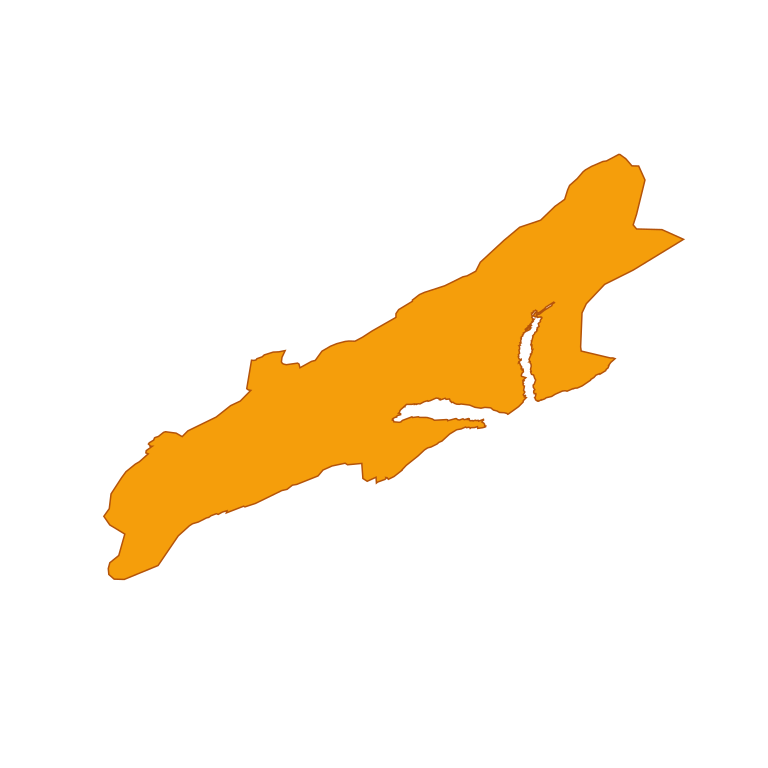 the district of Gloppen nor, Sogn og Fjordane, Norway, rotated 152°
{"feature_id": "86288312B68175693588321", "entity_name": "Gloppen nor", "entity_type": "district", "adm_level": 2, "iso_a3": "NOR", "parent_name": "Norway", "parent_adm1": "Sogn og Fjordane", "projection": "equal_earth", "projection_center": [6.111, 61.723], "detail": "fine", "context": "isolated", "style": "filled", "palette": "amber", "viewbox_px": 768, "rotation_deg": 152, "n_neighbors": 0, "source": "geoboundaries", "source_scale": "gbopen_adm2", "svg_char_len": 6144}
<svg xmlns="http://www.w3.org/2000/svg" viewBox="0 0 768 768"><g transform="rotate(152 384 384)"><path d="M51.6,371.1L66.1,389.8L88.2,402.3L89.3,407.5L81.4,415.2L57.8,441.6L56.8,456.9L62.7,460.2L64.7,469.2L67.9,475.8L68.9,476.5L82.9,476.5L86.2,477.7L98.6,478.7L105.6,478.5L108.6,477.9L117.0,474.6L126.9,472.2L130.7,469.2L137.8,462.2L149.6,460.6L168.8,455.1L190.6,458.7L210.6,454.5L241.8,446.3L250.0,440.5L260.0,440.5L264.0,441.6L284.2,442.2L305.2,445.9L310.7,446.3L319.5,444.8L320.1,443.7L336.1,442.8L340.4,440.5L342.2,437.2L369.7,436.4L381.0,435.4L389.5,435.4L394.8,438.4L398.3,439.8L406.8,441.8L413.6,442.5L423.4,442.1L433.6,437.1L437.4,438.0L450.6,437.8L449.7,441.5L450.5,443.0L461.2,446.9L463.4,448.8L464.1,450.2L464.2,451.7L461.6,455.4L455.6,459.9L461.8,461.8L466.9,464.2L476.1,465.9L478.8,465.2L484.3,466.0L485.9,465.3L488.0,466.0L489.8,467.2L507.4,444.3L506.5,442.4L504.6,440.9L518.9,436.4L529.6,436.9L547.7,433.6L579.2,434.7L586.9,432.3L590.6,438.2L599.3,444.4L601.3,444.8L607.8,443.6L611.2,444.2L612.0,444.1L613.7,442.6L618.8,442.3L620.2,441.6L619.5,439.6L619.8,438.8L617.9,437.8L625.2,436.8L626.6,435.0L625.0,433.0L636.5,430.2L641.3,430.0L653.0,427.7L659.6,424.5L676.6,415.1L685.1,402.9L693.5,398.7L692.3,388.3L683.3,373.2L698.7,357.1L710.0,354.9L714.1,350.5L716.4,345.0L713.9,338.4L705.1,333.4L668.7,329.8L637.0,346.5L622.3,350.2L618.6,350.5L612.8,349.3L603.5,349.1L601.4,348.5L598.6,348.9L592.9,348.2L591.6,346.7L586.7,346.8L582.1,345.8L583.7,344.2L565.3,342.0L564.5,340.8L553.6,338.9L524.3,337.9L519.0,336.5L512.4,337.7L508.2,336.3L485.4,333.8L478.2,336.7L468.3,336.0L455.5,332.3L454.1,329.8L440.9,324.3L447.0,310.5L444.5,306.0L434.8,305.4L437.2,300.1L435.7,300.4L427.9,299.3L426.2,299.8L426.2,300.5L425.2,299.8L424.9,297.8L418.6,297.6L408.5,299.4L408.5,299.7L402.6,301.7L387.7,304.5L379.2,306.8L375.4,307.1L372.1,306.3L365.4,306.1L362.9,306.7L359.6,306.4L349.6,309.0L341.3,309.5L337.0,308.1L332.1,307.7L331.7,306.7L329.4,306.0L328.6,305.0L328.7,304.4L327.7,304.6L324.4,303.0L321.5,302.5L322.1,300.8L317.4,299.1L315.2,298.6L313.6,298.6L314.5,298.7L314.0,299.2L314.9,299.5L314.1,301.2L314.3,302.7L315.4,304.4L314.9,305.0L313.0,305.4L312.8,306.1L318.0,306.8L317.9,307.7L320.0,308.5L320.4,309.2L322.7,309.5L322.9,310.1L325.2,311.1L325.6,311.6L325.3,312.5L325.8,312.8L325.2,312.8L325.1,313.4L325.7,313.9L329.2,314.6L330.0,315.0L330.6,316.2L334.3,316.8L335.7,317.9L336.3,319.4L337.2,319.9L345.0,321.7L344.7,322.6L345.6,323.3L356.5,328.3L357.8,330.5L361.8,334.3L368.4,337.9L369.0,338.9L374.5,341.0L374.7,341.9L384.9,343.2L386.9,342.6L388.5,343.0L393.1,346.0L392.7,347.7L393.6,348.1L392.9,349.2L390.3,349.4L387.7,348.7L388.6,349.3L386.9,349.8L383.7,349.1L383.3,349.9L384.9,351.4L383.6,351.7L382.5,353.0L380.9,353.6L376.9,354.5L375.7,353.7L376.5,354.7L373.6,355.4L369.1,353.0L366.6,352.2L366.8,351.7L365.1,351.4L365.1,350.8L363.2,350.6L361.5,349.5L357.0,349.5L353.4,348.8L353.3,348.1L351.1,347.6L344.6,347.1L342.4,345.6L342.5,344.5L341.5,344.4L341.8,343.5L336.7,342.7L336.4,341.3L333.2,340.0L333.5,337.6L333.0,337.2L333.1,336.0L331.5,335.4L331.0,334.0L329.3,332.1L326.9,330.6L325.4,330.2L318.3,325.2L314.6,320.7L309.7,317.1L305.9,316.0L301.0,312.9L299.6,309.6L297.0,307.2L295.3,304.6L291.3,302.2L289.2,300.2L289.0,299.2L288.4,299.1L275.8,300.8L269.7,302.7L268.8,303.9L264.7,305.2L266.1,306.7L264.0,307.6L265.4,307.6L266.0,308.1L266.2,309.1L263.4,310.8L263.8,312.8L261.0,316.2L261.6,317.1L261.4,318.4L261.2,318.9L260.6,318.9L260.6,320.3L260.1,321.0L259.1,321.1L259.4,321.7L258.8,321.6L259.0,322.2L255.8,323.0L258.9,326.2L258.8,327.1L257.2,328.7L255.2,329.3L254.4,331.4L255.1,331.4L254.7,331.9L255.3,332.0L254.9,333.4L255.5,333.4L254.3,334.9L254.8,336.2L254.6,336.9L254.0,336.9L254.6,337.1L254.4,339.0L255.0,339.2L254.3,340.1L255.0,339.9L254.6,340.4L251.7,340.7L251.3,341.4L252.0,341.4L253.0,343.0L252.6,345.1L252.0,345.1L251.5,346.9L249.9,347.4L248.9,350.7L248.3,350.7L247.4,351.9L246.7,354.2L246.1,354.2L246.4,354.5L245.7,354.5L244.6,356.1L244.0,356.0L244.3,356.6L243.6,356.6L242.7,358.5L241.6,359.3L241.7,360.2L241.1,360.2L240.7,361.1L238.8,361.4L238.7,362.3L237.0,362.8L237.0,363.6L234.4,363.7L233.5,365.3L233.6,366.0L231.6,366.4L230.9,365.6L232.6,364.8L232.8,363.7L229.6,363.6L229.6,364.2L227.9,364.5L229.0,365.7L228.2,365.5L228.1,366.1L226.2,366.5L226.4,367.3L229.2,365.8L230.7,365.9L231.2,366.4L229.7,366.8L229.6,367.5L227.0,367.5L227.2,368.0L226.7,368.3L223.7,369.0L223.0,369.3L223.6,369.8L221.0,370.7L222.3,371.4L221.9,371.8L222.3,373.5L220.9,374.4L221.2,375.8L219.8,376.9L220.1,377.3L218.4,377.3L217.9,378.2L216.7,377.7L215.6,378.1L214.7,376.7L215.0,376.2L217.2,375.9L217.7,375.7L216.9,375.3L218.0,375.5L219.4,374.6L219.9,373.6L219.0,372.2L217.9,372.4L215.4,375.0L214.2,374.3L211.9,374.4L206.8,375.1L205.1,375.9L195.7,376.6L195.4,375.8L197.9,375.6L199.0,374.4L208.1,373.8L213.9,372.7L216.3,373.4L217.8,371.7L217.0,371.3L217.2,370.7L214.4,369.8L214.1,368.7L213.5,368.9L213.5,368.2L216.2,366.8L216.6,365.6L219.4,365.0L220.1,362.0L222.4,361.7L222.5,361.0L223.3,360.6L223.2,359.8L223.8,359.8L224.6,358.7L226.5,358.7L227.4,357.7L230.2,356.6L230.1,356.0L233.1,352.8L233.7,352.8L233.6,352.2L235.0,350.7L235.3,349.6L235.9,349.7L236.0,348.6L235.3,348.6L237.0,345.8L237.3,344.4L236.7,344.4L238.2,343.2L238.4,342.3L239.8,341.8L239.8,341.3L240.7,341.5L241.0,340.4L244.4,337.7L244.6,335.6L245.4,335.4L244.5,334.9L245.1,334.0L244.9,332.4L245.7,330.5L247.8,328.1L248.1,326.0L248.8,326.0L249.0,325.1L249.2,323.3L247.7,321.7L248.3,318.2L248.2,316.3L251.5,313.3L252.8,313.0L253.7,311.1L253.5,308.1L254.8,307.8L255.7,306.6L255.9,304.8L254.5,304.3L254.7,303.6L256.3,301.7L257.5,301.2L257.2,300.3L257.6,298.9L256.7,297.1L256.0,297.1L256.1,296.5L255.5,296.2L252.6,296.3L252.6,295.9L249.1,295.4L247.2,295.7L241.8,294.3L237.6,294.6L229.7,294.0L227.2,293.0L225.7,291.7L219.3,291.2L219.3,290.9L217.1,290.6L215.3,289.7L209.8,289.3L199.8,290.4L199.4,290.9L195.6,291.2L192.6,292.3L188.8,291.9L188.8,291.3L182.0,291.7L181.0,292.6L178.7,293.0L176.8,294.6L177.0,294.9L173.6,296.6L168.1,297.9L169.6,299.5L171.9,300.7L194.4,320.5L193.0,324.4L175.8,353.8L167.7,359.9L142.4,368.4L110.5,367.6L51.6,371.1Z" fill="#f59e0b" stroke="#b45309" stroke-width="1.5"/></g></svg>